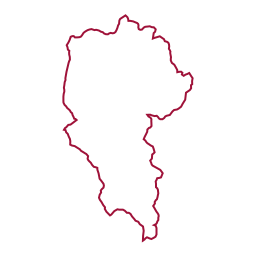 Mambaí, Goiás, Brazil (Natural Earth projection)
{"feature_id": "56859067B86407109501977", "entity_name": "Mambaí", "entity_type": "district", "adm_level": 2, "iso_a3": "BRA", "parent_name": "Brazil", "parent_adm1": "Goiás", "projection": "natural_earth1", "projection_center": [-46.057, -14.451], "detail": "fine", "context": "isolated", "style": "outline", "palette": "rose", "viewbox_px": 256, "rotation_deg": 0, "n_neighbors": 0, "source": "geoboundaries", "source_scale": "gbopen_adm2", "svg_char_len": 3464}
<svg xmlns="http://www.w3.org/2000/svg" viewBox="0 0 256 256"><path d="M125.5,15.4L120.2,18.9L119.4,20.4L119.2,22.1L119.1,23.8L118.1,25.4L117.4,27.9L116.4,30.3L115.4,32.1L114.1,33.0L112.7,33.3L110.6,32.9L109.0,33.5L107.9,34.3L105.8,34.2L104.1,33.5L102.8,32.2L100.9,31.7L99.1,30.6L97.8,30.2L96.1,29.8L94.5,30.1L93.0,29.6L91.5,29.1L89.5,29.5L87.5,30.2L85.3,31.5L83.6,32.8L82.0,35.3L80.8,36.7L79.4,37.2L76.9,37.4L74.9,37.4L73.7,36.1L72.4,36.1L70.7,36.8L69.7,39.8L69.1,41.1L68.3,42.7L66.7,45.2L67.5,47.2L67.9,49.6L69.3,50.8L69.1,52.4L69.2,54.5L69.8,56.9L69.9,59.7L69.1,61.3L68.6,62.9L66.5,71.8L65.4,78.2L65.5,80.0L64.7,82.1L64.3,85.4L63.9,87.8L64.3,89.8L64.3,91.7L63.7,93.8L63.4,96.7L63.4,98.3L63.4,101.2L63.5,102.7L64.6,104.9L66.1,106.3L67.2,108.0L68.5,109.1L69.8,110.3L70.8,112.1L72.1,113.2L72.6,115.1L73.5,116.8L74.2,118.7L75.5,119.0L76.6,120.0L73.2,122.6L70.5,124.6L68.3,124.9L66.3,127.2L64.9,128.2L64.0,129.8L65.5,130.1L66.2,132.4L67.7,133.8L68.8,136.7L69.9,138.9L70.3,141.1L70.2,144.6L71.9,145.5L74.7,146.1L79.8,149.3L81.0,150.8L83.5,152.3L84.9,153.2L86.3,154.0L88.1,156.1L87.6,158.8L88.3,160.2L89.3,161.3L90.8,162.7L92.1,164.9L93.8,166.8L95.9,167.3L97.3,167.8L97.4,169.8L98.6,173.4L99.2,176.5L99.6,178.7L101.2,180.7L103.5,183.8L103.9,185.6L103.5,187.6L101.7,189.3L100.8,190.5L101.1,192.5L99.7,194.7L99.0,197.7L99.9,199.8L101.5,202.0L103.3,205.2L105.0,207.3L104.8,208.9L106.4,211.7L110.0,215.4L111.3,214.6L114.3,211.1L117.4,209.3L119.4,209.7L123.0,209.7L124.8,210.7L126.9,212.8L128.8,212.8L130.5,213.9L132.0,216.4L134.5,219.3L135.5,220.7L138.3,221.8L139.8,224.2L143.0,226.5L143.7,230.8L143.1,235.8L142.9,240.6L144.4,239.6L145.5,238.3L147.0,237.3L149.8,238.5L151.4,239.0L152.6,238.4L154.1,237.6L155.5,236.7L156.5,234.5L156.5,231.7L156.5,228.0L155.7,225.7L154.1,225.1L156.0,224.1L156.9,222.9L157.3,221.5L158.3,220.0L158.3,217.7L158.7,216.0L158.4,214.5L157.7,213.3L156.3,211.4L154.4,208.0L153.2,206.0L154.9,203.5L154.7,202.0L155.8,200.2L156.9,199.3L157.5,197.2L157.9,195.1L158.3,193.4L158.1,191.7L157.9,189.8L157.3,188.4L156.0,187.2L156.0,183.8L155.7,181.4L156.5,180.0L157.2,178.2L159.3,177.9L161.0,177.4L162.7,173.2L160.3,169.9L152.6,165.6L151.7,164.5L151.1,162.6L150.2,160.6L151.9,158.6L152.2,154.5L153.6,153.4L154.6,152.3L153.6,148.7L152.8,146.5L150.6,145.4L148.8,144.1L147.5,143.3L146.4,142.2L145.4,140.6L143.7,139.2L144.8,136.6L146.0,134.3L147.2,131.8L147.4,129.5L149.0,127.9L150.3,127.5L151.5,126.0L151.4,122.7L151.3,121.1L151.4,119.1L150.4,117.6L148.5,116.5L147.3,114.8L150.2,114.7L151.6,115.3L153.1,115.7L154.6,116.1L156.7,115.8L158.1,117.1L158.9,118.4L160.2,119.2L162.5,119.2L164.2,118.0L165.2,116.5L166.5,115.8L169.8,115.0L172.5,111.4L174.1,110.0L177.0,109.5L178.6,108.6L181.1,106.7L182.7,103.7L184.2,101.3L185.2,99.7L186.0,92.7L189.8,90.1L191.1,88.3L191.0,85.2L192.2,84.2L192.1,81.0L192.6,78.2L191.3,76.3L190.1,74.4L189.2,73.0L187.3,74.0L185.5,74.6L183.7,75.8L181.9,74.5L182.4,72.8L181.1,71.7L179.1,71.8L177.3,72.2L177.2,69.9L175.7,67.1L174.3,64.7L171.9,62.9L170.8,60.5L170.8,58.8L171.0,57.2L170.6,55.1L170.2,53.0L170.4,51.5L169.7,50.0L168.9,48.8L169.2,46.5L169.0,44.4L168.3,42.7L167.0,41.8L164.8,41.2L164.0,39.2L159.8,36.3L154.1,38.0L152.9,38.5L153.3,35.8L153.7,33.1L155.1,31.7L155.7,29.3L153.8,27.3L151.9,27.2L149.8,26.3L145.2,26.8L143.9,27.5L141.9,29.6L140.2,29.8L138.8,29.1L138.3,27.3L138.5,25.2L138.1,23.9L137.1,23.0L135.3,22.3L133.2,21.4L130.5,20.9L128.4,20.9L128.1,18.8L127.4,17.2L125.5,15.4Z" fill="none" stroke="#9f1239" stroke-width="2"/></svg>